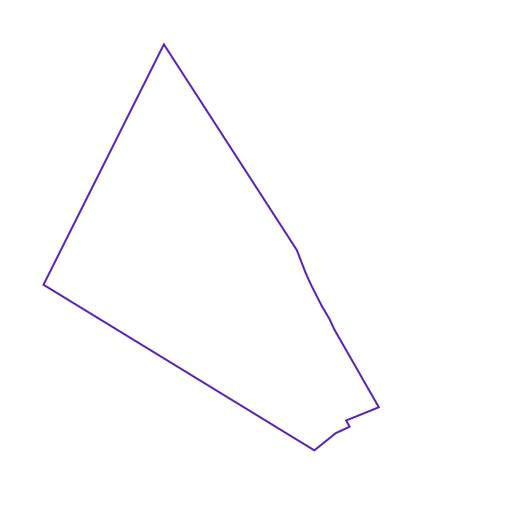 outline of Teyarett, Nouakchott, Mauritania, rotated 297°
{"feature_id": "47542326B65700672861559", "entity_name": "Teyarett", "entity_type": "district", "adm_level": 2, "iso_a3": "MRT", "parent_name": "Mauritania", "parent_adm1": "Nouakchott", "projection": "natural_earth1", "projection_center": [-15.928, 18.147], "detail": "fine", "context": "isolated", "style": "outline", "palette": "violet", "viewbox_px": 512, "rotation_deg": 297, "n_neighbors": 0, "source": "geoboundaries", "source_scale": "gbopen_adm2", "svg_char_len": 343}
<svg xmlns="http://www.w3.org/2000/svg" viewBox="0 0 512 512"><g transform="rotate(297 256 256)"><path d="M279.8,289.7L402.7,77.9L395.2,77.9L133.9,79.7L109.3,396.2L134.4,407.5L146.4,416.9L150.4,411.0L177.0,434.1L226.2,359.0L233.2,350.1L240.7,338.2L255.3,318.1L263.3,308.1L279.8,289.7Z" fill="none" stroke="#5b21b6" stroke-width="2"/></g></svg>